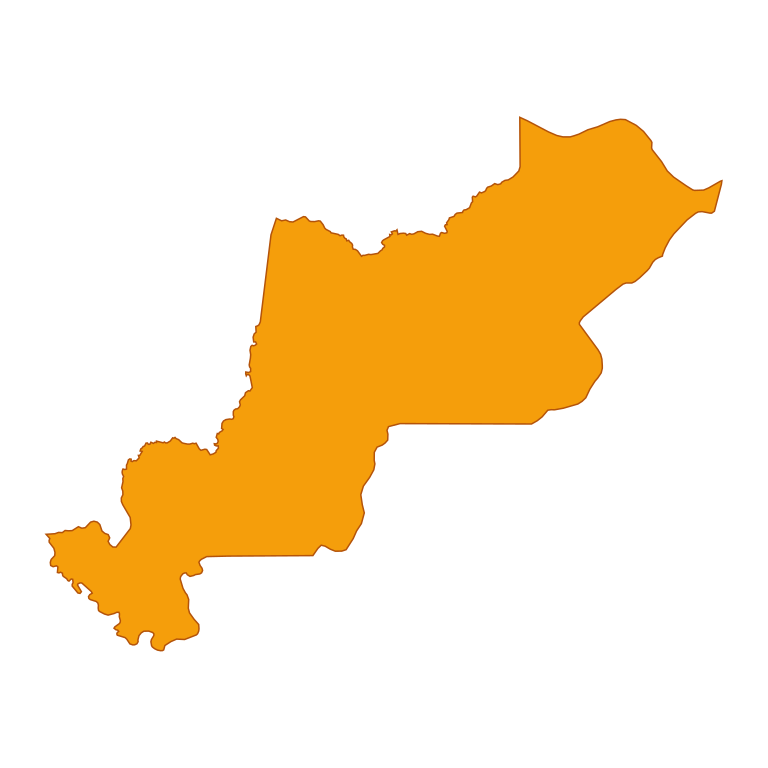 outline of Autazes, Amazonas, Brazil
{"feature_id": "56859067B87803288994040", "entity_name": "Autazes", "entity_type": "district", "adm_level": 2, "iso_a3": "BRA", "parent_name": "Brazil", "parent_adm1": "Amazonas", "projection": "mercator", "projection_center": [-59.68, -3.831], "detail": "fine", "context": "isolated", "style": "filled", "palette": "amber", "viewbox_px": 768, "rotation_deg": 0, "n_neighbors": 0, "source": "geoboundaries", "source_scale": "gbopen_adm2", "svg_char_len": 6072}
<svg xmlns="http://www.w3.org/2000/svg" viewBox="0 0 768 768"><path d="M662.4,256.1L662.7,254.3L665.2,247.9L669.5,239.8L674.0,233.7L687.1,219.9L695.6,213.3L698.3,211.9L702.1,211.6L709.9,213.1L711.7,213.1L714.4,211.2L721.4,184.3L721.9,180.7L720.4,181.2L708.7,187.9L703.6,190.1L694.5,190.4L692.7,189.9L686.2,185.8L673.6,177.1L667.3,171.0L661.6,161.7L652.2,149.7L651.6,148.0L651.9,142.4L651.0,140.7L643.5,131.4L636.3,125.4L625.4,119.6L620.5,119.3L616.0,119.9L609.9,121.5L597.7,126.8L588.0,129.7L579.0,134.1L574.3,135.7L570.2,136.9L563.0,136.9L556.8,135.5L548.5,131.9L527.2,120.7L519.8,117.3L520.1,166.7L518.8,171.0L513.0,177.0L508.2,179.9L504.9,180.4L501.7,182.3L500.7,183.8L499.1,184.3L497.6,184.6L494.7,183.6L491.3,186.0L487.6,187.2L486.6,188.4L485.7,190.5L484.7,191.5L481.5,192.9L479.5,192.1L476.8,196.0L475.5,196.9L473.1,196.2L472.3,197.2L472.6,201.7L471.4,202.9L469.6,207.7L466.1,209.7L464.0,210.0L462.9,211.3L462.5,212.5L457.0,213.1L455.2,214.4L454.0,216.4L449.4,217.9L448.9,219.6L446.6,222.8L447.1,224.6L445.4,224.8L444.6,226.2L447.2,231.4L446.8,232.8L444.5,233.3L441.6,232.5L440.5,233.2L439.4,236.3L437.6,236.1L432.6,234.2L429.6,234.4L425.6,233.3L421.6,231.3L417.8,231.7L413.8,233.9L411.7,234.3L409.6,233.6L406.7,235.2L405.7,233.5L403.5,233.2L400.0,233.5L398.0,234.4L397.0,229.8L395.9,231.0L394.5,230.8L391.3,231.9L392.4,233.9L391.1,234.9L389.7,234.5L389.9,236.5L383.8,239.8L382.5,240.8L381.6,242.6L382.8,244.3L384.5,245.3L384.5,247.0L382.7,248.4L382.1,249.8L380.5,250.8L377.9,253.4L370.9,254.6L368.6,254.3L364.6,255.4L363.0,255.3L361.5,256.3L357.5,250.8L355.4,249.4L353.2,249.2L352.4,246.9L352.6,245.2L351.8,243.5L349.6,241.7L348.7,240.3L346.8,240.8L346.2,238.9L344.8,238.2L343.8,236.8L343.5,235.2L341.9,235.1L340.0,235.7L338.3,234.4L331.0,232.8L330.3,231.6L326.1,229.4L324.8,228.2L323.1,224.7L320.3,221.1L318.6,220.8L314.6,221.6L310.6,221.5L309.2,220.9L305.5,216.9L303.5,216.6L293.0,222.0L289.5,221.7L285.7,220.0L281.6,220.8L276.4,218.3L271.0,234.8L260.3,321.9L259.0,324.8L257.7,325.8L255.8,326.5L256.1,332.2L254.2,333.9L253.1,337.2L253.7,341.9L255.6,341.9L256.6,344.0L255.3,345.2L253.6,345.8L252.1,345.3L250.8,346.5L250.0,350.2L250.7,354.7L250.4,358.2L249.2,364.9L249.6,366.9L250.6,368.3L250.6,371.6L248.6,372.5L245.8,372.0L245.7,373.8L246.3,375.8L247.2,374.5L248.7,374.6L250.0,376.1L252.3,387.6L249.9,391.0L248.4,390.7L245.5,392.7L244.7,395.8L240.5,399.8L239.5,401.7L240.3,404.9L239.5,406.8L237.7,408.7L235.6,409.0L234.0,410.2L233.3,411.6L233.3,415.2L233.9,416.7L233.2,418.7L231.8,419.3L229.7,419.0L225.9,419.6L223.5,421.0L222.0,423.4L221.6,428.5L223.1,429.4L222.3,430.7L219.3,432.5L218.7,433.9L217.3,433.5L216.2,437.3L217.7,439.3L218.2,441.3L217.4,443.2L215.9,443.9L214.3,443.7L214.6,445.1L216.2,445.9L218.2,445.9L218.4,448.2L216.2,450.7L215.9,452.3L213.3,453.9L210.2,454.8L206.7,449.5L204.9,449.2L200.9,450.3L199.3,448.9L196.1,443.2L194.3,443.7L192.8,443.2L189.7,444.1L187.6,444.1L183.6,443.3L182.0,442.8L178.6,439.6L176.1,438.6L175.0,437.4L173.9,438.2L172.7,437.8L170.3,441.0L167.2,442.9L165.5,442.9L164.4,442.0L163.1,442.8L156.5,441.1L156.5,442.5L154.9,442.3L153.4,443.4L150.9,442.2L149.8,444.3L148.3,444.3L147.5,443.0L146.0,443.1L144.6,446.0L143.1,446.5L142.3,447.8L140.8,448.9L140.1,451.0L142.2,451.4L139.8,455.4L138.4,455.4L139.2,457.8L136.3,460.8L133.9,460.6L132.2,461.6L131.0,461.1L131.2,459.2L129.8,458.9L128.4,459.9L127.3,463.6L126.5,465.1L126.5,469.1L124.8,469.5L123.0,469.0L122.4,470.4L122.1,472.1L122.4,474.0L123.6,476.4L122.8,478.6L123.0,481.6L121.6,487.8L122.8,491.1L122.9,494.7L121.3,498.0L121.4,501.5L122.8,504.8L130.2,517.5L131.0,525.0L130.3,528.6L116.1,547.1L112.8,547.0L109.8,544.5L108.1,541.3L109.7,537.9L108.2,534.6L104.8,533.4L102.0,531.0L99.8,524.5L97.3,522.1L93.9,521.2L90.6,522.1L85.3,527.7L81.8,528.2L78.4,526.7L72.2,530.6L68.6,530.8L65.1,530.5L62.3,532.6L58.6,532.4L55.0,533.7L46.1,534.3L49.8,538.5L49.1,540.5L49.2,542.2L53.9,548.3L55.0,552.6L54.7,555.7L51.2,559.4L50.6,561.2L50.3,562.6L50.7,565.5L53.1,566.7L56.6,565.8L57.9,567.0L57.4,572.5L59.0,572.9L60.5,572.2L62.4,573.2L62.6,575.1L63.2,576.3L66.7,578.7L67.8,580.5L69.0,581.1L71.2,579.0L72.7,579.3L73.1,582.6L72.2,584.3L72.2,586.1L77.9,593.0L80.0,593.4L81.4,591.7L77.5,585.0L78.0,583.8L80.0,582.9L81.8,583.0L91.2,591.4L92.2,593.2L89.8,594.6L88.5,596.6L88.9,598.5L90.3,599.6L96.3,601.5L97.9,603.1L98.4,605.3L98.2,608.0L98.5,610.3L99.4,611.4L104.4,614.0L108.1,615.1L114.2,613.5L116.8,612.3L118.9,612.3L119.5,613.8L119.3,616.7L120.4,620.7L120.1,622.6L119.1,623.8L115.0,626.7L114.0,628.2L115.8,629.7L117.8,630.2L118.7,631.5L117.3,632.5L116.8,633.9L117.3,635.2L125.1,637.6L126.8,639.2L129.9,643.9L132.8,644.9L134.7,644.8L136.9,643.8L138.1,641.7L137.9,640.0L139.0,635.6L141.3,632.8L143.9,631.2L148.7,631.1L152.7,632.5L153.9,633.9L153.8,635.6L151.4,639.6L150.9,641.8L151.6,645.7L152.4,647.0L154.6,648.7L157.5,650.1L160.6,650.7L162.5,650.6L163.7,649.9L164.9,645.5L170.9,641.6L176.6,639.1L184.6,639.5L196.4,634.9L197.6,633.7L198.7,631.1L199.0,628.8L198.7,624.5L194.1,619.3L189.5,612.9L188.3,608.2L188.7,599.5L187.0,594.8L185.4,592.8L183.0,588.4L180.2,579.0L180.6,576.7L182.7,573.9L184.5,573.0L186.2,572.9L187.3,574.7L190.0,576.4L193.7,575.5L195.4,574.6L199.9,573.9L201.6,572.8L202.6,570.5L202.0,568.2L200.1,565.5L198.9,562.2L199.9,560.6L201.4,559.3L206.7,556.6L228.1,556.1L312.9,555.6L317.9,548.4L321.2,545.2L325.2,546.2L330.3,549.2L335.3,551.2L341.8,551.1L346.1,549.7L353.2,538.6L356.6,530.9L361.4,523.6L364.3,512.9L362.3,504.8L360.8,494.7L363.4,486.1L369.7,477.3L373.8,469.8L374.9,463.9L374.2,460.3L374.3,452.3L377.1,447.1L382.2,445.1L385.1,443.0L387.7,440.1L387.9,434.1L387.0,430.3L388.5,426.6L400.0,423.6L531.5,424.0L537.3,420.7L542.2,416.8L547.8,410.2L551.1,409.7L554.5,409.8L563.4,408.2L577.9,404.0L582.0,401.4L585.8,397.8L589.9,389.1L594.9,381.3L597.6,378.2L601.2,372.9L602.3,368.3L602.3,365.7L601.9,359.2L600.6,354.3L598.1,349.9L579.4,324.4L579.3,322.8L580.3,320.8L583.2,316.9L615.9,289.5L623.0,284.1L626.1,283.0L631.8,283.0L635.0,281.5L639.5,277.9L647.3,270.5L649.4,268.1L652.7,262.3L655.3,259.5L658.2,257.8L662.4,256.1Z" fill="#f59e0b" stroke="#b45309" stroke-width="1.5"/></svg>